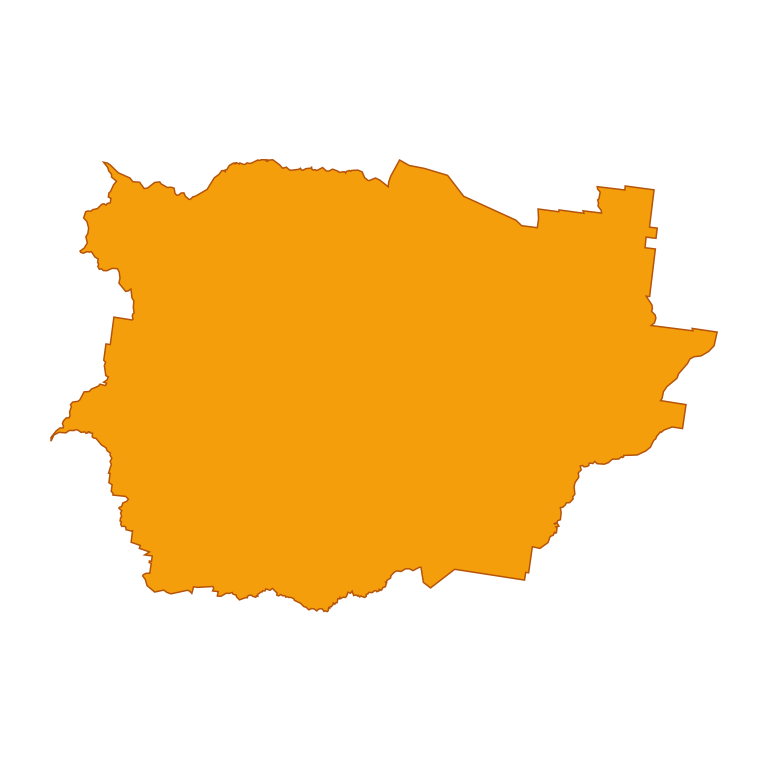 Cardinia, Victoria, Australia, rotated 269°
{"feature_id": "25037944B56409622243598", "entity_name": "Cardinia", "entity_type": "district", "adm_level": 2, "iso_a3": "AUS", "parent_name": "Australia", "parent_adm1": "Victoria", "projection": "natural_earth1", "projection_center": [145.459, -38.095], "detail": "fine", "context": "isolated", "style": "filled", "palette": "amber", "viewbox_px": 768, "rotation_deg": 269, "n_neighbors": 0, "source": "geoboundaries", "source_scale": "gbopen_adm2", "svg_char_len": 6112}
<svg xmlns="http://www.w3.org/2000/svg" viewBox="0 0 768 768"><g transform="rotate(269 384 384)"><path d="M430.1,718.0L434.2,693.1L431.8,693.8L437.8,652.1L440.4,655.5L445.1,657.0L448.3,656.3L452.0,652.8L454.8,653.7L458.3,653.3L467.2,647.7L466.8,651.1L514.3,657.7L515.7,647.4L526.3,648.6L524.9,658.5L535.1,659.9L536.2,652.2L573.4,657.4L577.8,628.6L573.8,628.2L577.6,600.6L575.1,601.0L572.1,603.5L565.4,602.1L564.3,600.8L561.3,601.6L558.2,601.1L554.0,604.1L551.1,604.5L553.7,586.0L551.2,586.9L555.0,562.0L553.2,561.8L556.3,541.1L546.4,541.4L537.6,540.0L539.9,524.4L545.5,518.7L570.3,466.9L591.5,451.2L598.8,428.3L602.1,412.9L607.7,403.5L591.8,394.4L585.8,392.2L581.1,391.7L588.0,383.3L590.1,379.1L587.6,372.6L587.9,371.5L590.7,368.2L596.4,365.9L598.3,361.7L598.1,355.2L597.3,354.4L598.1,353.2L597.1,349.8L595.6,349.4L597.0,347.9L596.4,342.8L597.6,341.7L599.7,336.3L597.8,332.4L598.0,330.0L601.5,326.4L598.6,320.5L599.6,318.9L599.1,317.3L599.7,315.8L601.9,315.4L601.1,314.5L600.7,309.7L599.1,306.5L599.4,305.2L601.2,304.2L600.1,302.4L599.3,294.7L599.9,292.9L602.5,290.2L601.5,286.4L604.9,283.5L610.1,276.8L609.9,272.4L609.0,271.9L609.7,271.6L609.1,270.8L609.9,270.7L609.4,270.1L610.2,270.0L610.4,265.4L609.6,262.8L610.2,261.9L607.5,256.0L606.8,253.8L607.5,250.8L606.1,249.2L606.0,247.4L607.5,243.7L606.5,243.1L607.8,240.5L606.9,239.4L607.7,238.9L607.0,238.1L607.5,237.2L605.2,233.2L601.0,230.5L600.7,228.8L599.2,229.0L600.2,227.4L600.2,225.6L596.4,222.6L593.1,217.9L581.6,210.5L575.2,199.0L574.4,196.1L572.0,193.6L572.0,192.3L575.1,188.7L578.6,187.3L578.5,184.5L576.7,182.2L576.3,180.1L578.3,178.4L583.5,177.5L584.5,174.5L584.3,170.7L588.0,164.6L590.0,163.3L589.5,158.2L584.1,151.1L583.6,147.6L590.0,143.2L590.6,136.5L594.4,133.6L599.8,122.0L607.8,114.1L609.7,111.4L610.6,107.5L605.4,111.5L601.9,112.5L598.4,115.2L595.7,115.2L591.4,120.1L588.0,117.2L581.1,113.8L579.8,112.3L575.8,111.6L574.4,114.2L570.0,113.5L569.3,110.4L567.7,109.2L569.1,107.2L568.7,105.1L564.4,100.5L563.3,95.6L561.8,93.9L562.2,91.1L561.4,88.7L555.2,86.6L551.7,89.8L545.0,91.4L539.6,90.5L536.4,88.5L530.1,89.8L525.2,86.7L522.2,82.4L520.9,83.1L520.0,85.7L521.5,89.3L521.0,91.7L521.5,93.7L516.0,97.2L514.0,100.4L510.4,99.8L508.9,100.8L506.5,99.9L503.7,101.4L504.1,103.5L502.3,105.3L502.1,108.8L504.4,114.3L503.9,119.5L500.6,121.2L494.3,121.9L489.5,120.7L481.1,127.3L481.5,129.9L483.4,132.6L474.5,133.5L471.5,135.3L464.9,134.7L459.4,135.4L458.2,133.9L456.1,133.5L453.4,134.2L452.4,133.3L455.6,115.1L428.2,111.0L428.9,106.7L412.6,104.2L410.6,106.0L407.4,104.7L397.2,106.0L396.0,108.5L392.8,107.0L390.7,103.7L389.7,106.6L389.0,106.6L387.3,105.2L388.8,100.0L386.9,98.5L384.1,91.5L381.6,89.0L381.4,84.0L373.6,79.7L372.1,77.9L371.3,72.3L368.9,70.2L366.6,71.0L361.7,69.2L357.4,69.5L355.6,68.2L355.7,65.8L352.9,63.0L350.2,61.8L347.0,62.8L345.7,62.3L345.7,59.3L342.8,55.4L336.5,50.2L332.6,50.0L338.8,53.1L341.3,58.2L340.7,65.1L343.0,68.4L342.9,73.4L343.7,74.8L343.3,77.1L341.0,80.1L341.3,84.2L339.9,85.2L340.3,87.1L341.4,87.4L341.3,88.8L340.5,88.9L339.8,91.7L336.3,91.3L335.1,92.8L334.6,95.2L328.0,100.4L325.2,104.8L322.0,106.1L319.7,109.2L317.4,108.9L314.6,110.6L311.3,108.8L308.5,110.0L299.6,107.0L299.4,108.6L290.2,107.2L288.0,110.4L281.4,109.4L279.3,111.3L277.7,111.0L276.1,123.8L273.3,126.4L271.2,124.7L269.5,120.7L266.1,119.6L265.2,117.0L264.2,116.9L261.9,119.6L259.8,118.4L256.0,119.4L254.9,118.3L251.6,117.7L251.0,119.0L248.4,118.3L246.2,119.3L246.2,122.1L245.5,123.2L242.8,123.6L241.4,128.7L241.7,130.0L230.2,128.4L226.8,137.5L223.9,136.5L220.2,146.6L217.3,141.7L216.1,149.3L210.7,148.4L211.1,146.3L209.7,146.1L208.5,148.1L198.9,146.5L198.9,142.7L197.4,139.9L196.3,139.4L192.6,142.0L186.5,143.6L180.0,151.1L181.8,160.2L179.4,163.3L177.9,167.4L181.2,183.8L180.4,186.0L178.0,188.2L184.6,190.1L183.9,193.9L184.5,209.4L182.6,210.1L180.1,209.0L179.3,214.6L174.9,213.6L174.6,217.3L177.6,222.7L177.3,225.6L178.2,228.5L176.5,229.4L175.4,232.7L173.9,232.7L170.7,235.7L172.9,242.2L172.6,243.5L174.7,244.4L175.2,245.9L175.1,248.0L174.1,248.8L173.0,252.1L174.3,252.8L174.0,254.2L175.7,253.9L178.1,257.3L178.3,258.6L179.4,259.2L179.2,261.4L181.2,262.3L179.7,266.4L181.6,268.9L176.9,273.4L174.8,273.1L174.0,275.0L175.3,277.2L174.1,278.8L174.0,281.3L172.6,282.1L173.0,283.6L172.2,285.1L172.3,287.2L170.6,290.4L169.3,290.6L166.2,296.8L162.8,300.0L162.2,302.2L159.5,304.9L160.8,307.9L160.2,310.4L158.3,312.8L160.1,314.7L160.4,316.9L160.0,318.6L157.7,320.0L158.2,321.6L157.4,323.1L158.2,324.2L161.3,324.8L160.7,325.9L162.4,326.3L162.2,327.3L164.2,329.2L165.9,329.5L164.7,331.0L166.0,331.8L166.2,333.4L170.1,334.0L170.0,335.6L171.2,336.1L170.0,336.4L171.6,339.7L171.2,341.5L172.3,342.8L176.4,344.4L175.4,346.9L177.5,348.5L173.0,350.0L173.6,352.1L172.5,354.0L173.1,354.6L171.5,356.0L172.4,357.0L170.9,360.9L172.0,362.6L173.9,362.5L174.3,364.1L175.9,365.1L175.6,368.6L177.5,370.9L177.3,372.7L176.4,373.3L177.7,376.4L178.6,375.8L178.0,378.0L180.4,379.3L181.3,381.9L184.5,382.8L185.7,382.2L185.5,383.2L187.5,383.4L189.9,387.2L192.4,387.7L195.6,390.9L196.9,393.4L196.3,397.9L198.7,402.0L198.9,406.0L196.9,409.7L200.1,416.1L200.1,417.8L185.0,419.9L179.3,427.0L197.5,451.4L185.5,521.1L193.2,522.4L192.7,525.3L218.7,529.5L216.9,537.1L222.6,545.2L228.6,547.5L229.8,550.5L232.7,551.9L231.9,553.0L232.4,553.8L237.0,554.5L238.2,553.4L238.7,556.4L242.2,554.6L241.0,552.7L241.0,552.2L241.4,551.9L242.5,554.5L244.4,555.4L245.2,558.0L252.6,558.9L257.3,558.1L257.6,560.6L260.0,563.3L261.9,564.1L262.2,567.6L265.8,571.1L267.8,570.7L270.5,572.9L277.9,572.3L282.0,573.2L287.4,577.1L291.8,576.7L294.7,579.7L298.5,578.7L299.1,581.1L297.7,582.5L298.0,585.6L299.0,587.4L300.8,587.5L301.4,588.9L300.8,591.4L302.9,593.4L300.6,595.7L300.0,602.9L301.5,607.1L304.8,610.9L304.9,617.4L307.1,620.2L306.3,621.2L307.1,622.4L308.4,622.4L308.6,635.9L312.5,644.6L316.1,649.2L322.8,652.6L324.5,654.8L326.8,655.6L331.2,659.5L330.9,660.3L333.2,663.4L336.0,671.4L334.2,681.7L358.1,685.6L362.6,660.2L364.7,661.8L371.5,663.3L376.5,666.9L384.6,677.0L389.2,678.8L399.3,687.9L403.6,690.2L405.8,694.3L406.6,701.6L411.0,709.3L416.5,714.7L430.1,718.0Z" fill="#f59e0b" stroke="#b45309" stroke-width="1.5"/></g></svg>